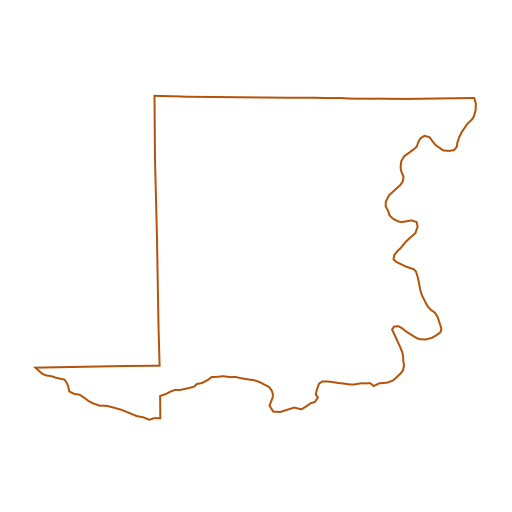 the district of Palotina, Paraná, Brazil, rotated 89°
{"feature_id": "56859067B34205123828041", "entity_name": "Palotina", "entity_type": "district", "adm_level": 2, "iso_a3": "BRA", "parent_name": "Brazil", "parent_adm1": "Paraná", "projection": "natural_earth1", "projection_center": [-53.775, -24.293], "detail": "fine", "context": "isolated", "style": "outline", "palette": "amber", "viewbox_px": 512, "rotation_deg": 89, "n_neighbors": 0, "source": "geoboundaries", "source_scale": "gbopen_adm2", "svg_char_len": 2273}
<svg xmlns="http://www.w3.org/2000/svg" viewBox="0 0 512 512"><g transform="rotate(89 256 256)"><path d="M388.1,140.5L385.5,135.2L384.9,127.0L382.9,121.4L380.3,118.2L376.0,113.5L373.2,111.2L368.3,109.9L362.7,110.6L358.5,110.7L354.3,111.6L349.4,113.5L338.7,118.2L332.0,121.2L329.0,119.3L328.7,114.9L330.6,111.5L334.3,107.0L339.8,98.6L341.9,94.5L342.5,88.0L340.9,81.6L338.5,77.2L335.7,73.1L332.6,71.9L328.5,72.9L320.1,75.5L315.8,78.1L312.8,82.2L309.8,84.9L306.1,87.0L302.7,88.6L298.1,90.8L294.0,92.1L280.5,94.5L274.4,96.3L272.0,98.5L269.1,106.6L264.4,115.7L261.7,118.6L257.7,117.8L253.6,114.6L250.5,111.1L244.9,106.5L241.3,102.6L235.8,96.2L229.5,93.9L224.9,94.8L223.1,99.9L224.0,105.3L224.6,109.8L223.7,113.9L220.9,118.6L217.7,121.8L214.0,122.8L208.5,125.5L203.6,125.2L197.5,121.8L187.4,110.3L183.9,107.9L179.2,107.1L175.2,108.9L172.1,109.7L169.0,109.8L163.7,109.1L158.9,106.1L152.0,96.3L149.5,93.4L144.8,91.6L141.3,89.6L138.7,85.4L140.4,80.3L143.4,78.2L148.1,74.7L153.7,66.9L154.3,61.0L153.6,56.2L150.4,53.4L145.9,52.6L140.4,50.6L135.4,48.0L131.6,45.2L127.6,42.4L123.3,37.7L120.2,35.7L114.2,33.9L107.5,33.5L101.8,35.1L101.6,103.3L100.8,131.8L100.8,135.7L100.3,158.4L99.5,168.9L99.4,180.2L98.8,194.7L98.3,222.2L95.5,324.1L95.1,329.9L94.1,354.7L157.5,355.3L234.9,354.7L269.8,354.7L299.2,354.7L325.9,354.7L364.0,354.3L363.7,389.4L363.8,478.5L366.8,475.3L369.8,472.0L371.7,468.2L372.6,462.7L374.4,457.6L376.3,449.5L379.1,447.7L382.3,446.3L388.2,445.0L390.7,440.1L391.7,434.6L395.1,429.7L398.1,426.0L400.5,421.5L403.0,414.7L403.0,410.7L403.4,407.0L404.7,402.4L407.0,394.5L409.6,388.1L411.9,382.9L413.9,378.2L415.5,371.0L417.9,365.4L416.3,360.6L416.6,354.5L394.3,354.3L392.2,348.1L389.9,343.5L388.4,339.0L388.7,334.8L386.9,325.6L385.4,319.9L383.0,317.5L382.0,312.1L379.1,306.3L376.3,302.6L376.1,296.2L375.6,291.1L376.7,283.3L376.5,278.9L377.9,273.3L379.3,265.7L380.1,260.2L381.8,255.4L387.0,245.5L390.4,242.9L394.2,241.5L397.4,241.7L405.9,245.1L411.9,241.5L412.4,234.6L409.7,225.4L408.2,220.4L410.1,213.3L406.9,207.9L404.3,204.2L402.9,199.6L398.5,196.6L395.4,198.7L389.9,197.2L384.7,195.2L382.6,191.8L382.7,187.0L383.3,181.9L384.5,175.5L384.9,171.7L386.1,164.4L386.2,160.3L385.1,153.1L385.3,147.8L385.1,144.1L388.1,140.5Z" fill="none" stroke="#b45309" stroke-width="2"/></g></svg>